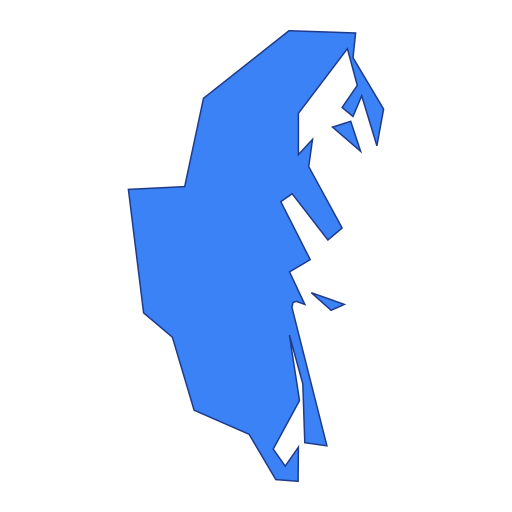 the Province of Khánh Hòa
{"feature_id": "VNM-479", "entity_name": "Khánh Hòa", "entity_type": "Province", "adm_level": 1, "iso_a3": "VNM", "parent_name": "Vietnam", "parent_adm1": "", "projection": "equal_earth", "projection_center": [109.201, 12.32], "detail": "coarse", "context": "isolated", "style": "filled", "palette": "blue", "viewbox_px": 512, "rotation_deg": 0, "n_neighbors": 0, "source": "natural_earth", "source_scale": "10m", "svg_char_len": 726}
<svg xmlns="http://www.w3.org/2000/svg" viewBox="0 0 512 512"><path d="M355.6,33.0L353.0,57.7L383.6,109.1L376.9,145.8L361.7,95.8L353.0,116.5L342.1,107.5L357.3,85.4L347.4,48.7L298.4,113.3L298.4,154.6L312.5,139.4L308.7,166.6L342.1,228.0L327.9,240.0L292.1,193.7L280.8,201.7L310.2,259.6L289.5,271.9L304.8,304.4L296.4,301.4L293.1,302.3L291.9,307.3L326.9,445.8L304.8,442.7L302.8,383.8L289.4,335.0L299.5,400.6L273.2,449.1L285.2,466.1L298.4,447.2L298.1,481.3L275.8,479.6L249.1,434.3L194.1,410.2L172.4,337.2L143.6,312.9L128.4,189.4L184.7,186.6L203.5,98.3L289.0,30.7L355.6,33.0ZM350.7,121.3L360.6,151.3L332.5,127.1L350.7,121.3ZM311.3,292.7L344.3,304.4L331.1,310.3L311.3,292.7Z" fill="#3b82f6" stroke="#1e3a8a" stroke-width="1.5"/></svg>